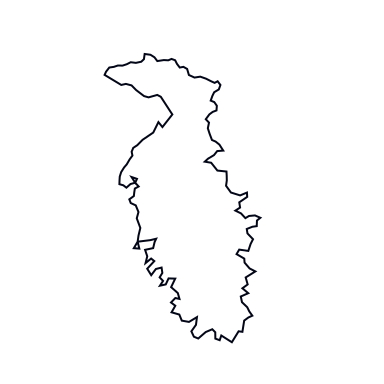 Vila Lângaro, Rio Grande do Sul, Brazil, rotated 149°
{"feature_id": "56859067B11658181648524", "entity_name": "Vila Lângaro", "entity_type": "district", "adm_level": 2, "iso_a3": "BRA", "parent_name": "Brazil", "parent_adm1": "Rio Grande do Sul", "projection": "albers", "projection_center": [-52.143, -28.132], "detail": "fine", "context": "isolated", "style": "outline", "palette": "ink", "viewbox_px": 384, "rotation_deg": 149, "n_neighbors": 0, "source": "geoboundaries", "source_scale": "gbopen_adm2", "svg_char_len": 2429}
<svg xmlns="http://www.w3.org/2000/svg" viewBox="0 0 384 384"><g transform="rotate(149 192 192)"><path d="M235.9,229.2L234.9,224.2L239.2,224.4L241.7,221.4L243.9,218.5L249.5,218.0L250.2,214.1L247.1,209.5L248.2,202.4L252.9,197.9L254.8,187.8L260.3,182.2L264.2,177.4L252.5,172.2L246.8,170.4L249.9,168.3L254.2,163.9L262.0,166.6L263.5,159.9L268.4,155.0L261.3,156.0L259.9,152.2L269.9,149.3L269.8,141.7L262.6,144.6L257.0,142.9L259.1,137.9L263.7,135.5L262.6,130.7L267.7,128.2L262.1,126.3L256.6,130.0L251.0,126.4L258.9,121.2L256.2,112.7L257.8,106.8L260.9,109.7L266.9,108.1L264.9,103.1L271.5,99.4L266.0,93.5L267.0,87.0L261.5,82.2L252.2,82.2L257.0,76.1L264.3,72.9L264.9,67.0L262.1,63.2L252.4,64.9L245.3,63.9L244.3,59.8L247.5,54.3L244.6,50.7L240.8,53.9L235.2,42.7L223.8,48.6L220.8,46.2L213.5,54.9L208.3,55.4L204.0,54.9L204.4,60.2L204.0,64.8L205.9,71.8L204.0,77.3L195.9,76.3L198.4,83.5L191.9,84.1L190.0,91.1L178.6,91.3L182.0,96.8L183.3,104.4L181.5,108.0L185.8,115.8L181.2,118.3L174.1,112.5L168.5,117.3L164.0,120.1L165.8,127.9L164.1,132.1L158.1,131.1L154.1,129.4L151.0,134.1L146.7,134.7L150.1,139.5L155.5,142.1L159.7,142.1L161.0,148.4L164.4,153.7L158.8,153.9L156.8,158.8L147.2,159.4L145.2,163.2L152.5,164.3L158.9,171.5L159.6,179.8L156.2,184.0L153.8,188.2L151.9,191.8L159.2,197.3L160.5,207.2L165.4,211.4L161.1,212.3L154.2,212.3L149.3,214.1L143.9,211.4L144.1,218.5L145.8,223.1L148.1,226.3L146.9,232.9L145.6,238.5L141.7,242.7L142.7,247.3L137.1,249.6L133.0,250.0L129.0,249.3L126.3,253.1L126.6,257.6L128.9,260.7L125.0,263.9L121.6,266.1L116.2,266.1L112.5,269.1L113.0,273.7L116.4,273.9L118.6,277.1L121.6,281.9L125.5,286.6L130.9,288.8L134.4,293.9L132.8,300.0L134.9,303.7L138.4,305.0L138.9,309.6L138.6,313.6L141.0,316.6L144.5,317.1L148.2,319.6L154.3,322.1L154.8,326.8L156.9,331.0L161.5,334.7L164.8,330.6L168.4,329.8L173.6,331.6L177.7,334.8L182.0,335.1L186.4,336.1L190.4,338.6L194.5,339.5L198.8,341.3L203.7,339.4L206.6,337.4L197.5,320.2L193.0,318.7L188.9,314.5L187.4,308.2L185.1,302.4L183.7,298.9L180.5,295.5L175.1,294.0L171.8,293.1L169.7,289.7L169.1,272.7L168.9,268.6L183.9,262.9L184.8,269.2L194.6,262.9L207.4,262.2L214.8,260.3L219.6,260.1L223.0,257.6L224.3,253.9L228.6,252.1L233.7,249.3L237.6,248.0L242.5,245.5L246.0,242.4L248.2,239.2L250.2,236.1L247.4,233.1L246.0,229.5L240.6,230.5L235.9,229.2ZM235.9,229.2L236.1,236.0L232.4,231.6L235.9,229.2ZM270.8,173.8L266.3,170.6L264.2,177.4L270.8,173.8Z" fill="none" stroke="#020617" stroke-width="2"/></g></svg>